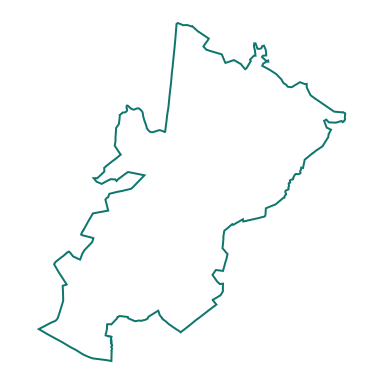 outline of Rembates pag., Keguma, Latvia
{"feature_id": "27541924B57720709752494", "entity_name": "Rembates pag.", "entity_type": "district", "adm_level": 2, "iso_a3": "LVA", "parent_name": "Latvia", "parent_adm1": "Keguma", "projection": "albers", "projection_center": [24.823, 56.781], "detail": "fine", "context": "isolated", "style": "outline", "palette": "teal", "viewbox_px": 384, "rotation_deg": 0, "n_neighbors": 0, "source": "geoboundaries", "source_scale": "gbopen_adm2", "svg_char_len": 5734}
<svg xmlns="http://www.w3.org/2000/svg" viewBox="0 0 384 384"><path d="M54.1,264.2L58.4,271.7L66.7,284.5L62.7,285.8L63.0,292.4L63.1,295.6L63.2,300.8L60.0,311.3L57.9,317.8L57.4,318.5L57.1,319.2L55.5,320.8L51.0,322.7L38.8,329.1L44.3,332.3L48.0,334.5L62.2,342.2L70.6,347.2L75.6,349.8L83.5,354.7L89.0,357.1L92.8,358.4L106.4,360.1L111.4,361.0L111.6,352.2L111.8,351.9L111.7,351.6L111.6,351.3L111.5,351.1L111.4,350.9L111.4,350.5L111.6,350.1L111.8,349.6L112.1,349.0L111.7,348.2L111.5,347.3L111.3,347.1L111.5,347.0L112.0,345.9L112.1,345.4L111.9,345.2L112.0,345.0L112.0,344.9L111.7,344.8L111.6,344.6L111.6,344.1L111.7,343.9L111.6,343.7L111.0,343.4L111.0,343.2L111.4,342.8L111.0,342.4L111.0,341.7L111.5,341.7L111.6,341.3L111.2,341.1L111.0,340.7L110.9,340.6L110.8,340.3L111.0,340.0L111.0,339.8L111.2,339.6L111.0,339.4L111.0,339.1L111.1,338.2L111.2,337.5L111.3,337.2L111.2,337.2L111.4,336.7L108.5,336.0L108.4,336.3L106.7,335.7L105.6,335.4L105.8,333.7L106.2,332.8L106.9,329.1L107.1,324.3L110.3,324.2L111.4,324.4L112.8,322.8L115.3,320.2L116.7,318.9L117.5,317.0L118.4,316.9L119.2,316.1L121.5,316.2L127.9,317.0L128.2,318.3L135.0,321.2L139.4,320.5L140.9,320.9L143.9,320.1L145.1,319.9L147.6,318.6L148.4,316.8L149.6,316.0L158.2,310.7L158.6,311.6L159.3,313.8L159.6,314.7L160.0,315.4L160.4,316.0L161.9,317.7L161.9,318.4L162.2,318.5L162.6,318.7L163.6,319.9L165.1,320.8L168.9,324.2L176.6,329.5L178.5,330.6L180.8,332.3L181.1,331.9L185.0,328.9L191.2,324.0L196.9,319.3L197.8,318.8L211.1,308.5L216.4,304.6L212.7,300.0L212.7,299.8L213.0,299.8L220.6,295.2L222.9,291.3L222.9,286.0L223.1,285.0L223.0,284.5L223.0,283.7L220.0,284.0L220.0,283.9L219.0,283.3L217.1,281.5L212.5,274.9L214.2,272.4L215.6,270.3L216.0,270.0L216.3,270.1L223.0,270.9L225.2,263.1L225.2,262.8L226.3,259.5L227.3,255.1L227.5,254.0L225.6,251.9L224.6,250.6L223.7,249.6L222.5,248.2L223.1,242.5L223.5,237.8L223.3,236.9L224.3,230.8L232.3,224.1L233.1,224.9L242.9,219.3L243.3,221.5L258.0,218.2L264.6,216.5L265.2,215.7L265.4,215.2L265.7,211.5L265.7,210.0L265.9,208.3L271.2,206.1L275.6,204.4L283.3,197.9L284.1,197.8L284.5,197.5L284.5,196.8L284.6,196.1L284.9,195.5L285.1,195.3L285.5,195.1L285.7,194.9L286.1,194.3L286.0,193.7L285.4,192.3L285.3,191.3L285.8,190.7L287.0,190.0L288.5,189.4L288.6,189.1L288.4,187.7L288.4,187.1L289.0,186.3L289.1,186.1L289.0,185.3L288.7,184.2L288.7,183.4L288.8,183.2L289.0,183.1L290.2,182.6L290.2,182.4L290.1,182.1L289.9,181.2L289.9,180.8L290.0,180.4L290.4,180.1L291.4,179.6L292.0,179.5L292.3,179.6L292.5,179.5L293.0,179.3L293.1,178.9L293.3,178.6L293.3,178.3L293.2,178.1L293.2,177.7L293.9,176.6L294.5,175.2L295.2,174.5L295.3,174.2L295.5,174.1L296.2,174.0L297.8,174.2L298.7,174.1L299.8,173.6L300.0,173.5L300.3,173.0L300.5,172.9L300.2,171.7L300.2,170.9L300.8,170.1L301.2,167.6L303.0,168.0L304.7,159.7L312.9,153.0L313.0,153.1L313.5,152.7L315.5,151.0L322.6,146.2L327.4,138.4L328.2,137.4L328.7,133.8L328.9,133.7L331.0,129.7L326.7,127.6L324.1,120.8L326.3,119.6L328.7,122.3L335.9,122.7L339.7,121.5L341.6,121.0L342.5,122.1L343.7,121.6L344.2,120.5L344.9,120.0L345.1,118.7L344.8,117.6L345.2,113.5L345.2,113.4L345.0,113.2L343.3,112.4L343.3,112.5L334.1,111.6L318.1,100.6L315.4,98.8L310.6,95.3L308.0,90.1L306.7,87.3L306.7,83.9L305.2,84.2L299.9,82.2L291.9,87.1L291.3,87.2L290.5,87.1L288.1,86.8L287.8,86.7L287.6,86.6L286.5,85.1L286.0,84.6L283.7,83.2L283.4,82.9L281.1,79.0L279.8,77.8L276.2,74.0L268.3,69.0L262.2,65.8L263.3,63.5L266.5,61.7L268.3,61.7L268.1,60.5L266.3,61.0L262.0,57.0L262.9,55.7L266.2,55.4L266.1,52.7L265.7,49.7L263.9,45.6L262.1,46.3L261.5,48.0L260.2,48.8L257.5,48.8L255.6,43.5L254.3,43.3L253.9,46.1L255.0,50.8L255.5,55.7L254.1,55.6L250.0,59.6L250.8,61.1L250.7,61.2L246.5,68.2L246.2,68.5L245.2,69.2L241.8,65.3L241.1,64.2L234.0,60.1L225.5,62.9L225.2,62.6L221.8,54.4L221.6,54.3L219.2,53.6L209.7,50.8L207.4,50.0L206.7,50.0L203.4,46.5L204.7,44.5L207.9,40.1L208.8,38.6L205.8,36.6L205.7,36.5L199.3,32.2L198.9,31.9L198.4,31.8L194.6,28.3L192.8,26.7L192.8,26.8L189.9,25.9L188.1,25.3L187.0,25.1L186.7,24.9L185.8,25.1L183.0,25.2L180.9,24.2L178.0,23.1L177.8,23.0L177.5,23.2L176.4,24.2L176.5,24.6L175.3,39.5L174.3,50.1L172.8,64.5L172.7,66.3L172.5,68.0L171.9,72.6L171.0,83.2L169.8,93.3L168.4,107.3L167.1,115.5L166.6,120.3L165.6,128.0L165.2,131.7L164.8,132.0L164.0,131.7L162.6,131.0L160.7,130.4L159.5,130.2L158.6,130.3L156.5,131.0L154.2,131.8L152.7,132.2L151.5,132.2L150.4,131.9L149.2,131.2L148.6,130.6L146.9,128.3L146.0,124.8L145.3,123.2L145.0,122.0L144.6,121.3L143.5,117.5L143.2,116.3L142.7,112.8L142.2,111.7L140.8,109.9L139.0,108.5L138.1,108.3L136.8,108.5L135.1,109.2L134.1,109.6L133.0,109.5L131.2,108.7L129.0,106.9L128.3,106.1L128.0,105.8L127.5,105.6L126.9,105.6L126.6,106.2L126.5,107.5L126.6,108.2L127.0,109.0L127.2,109.7L127.0,110.6L126.5,111.4L125.6,112.1L125.2,112.3L122.6,112.6L121.5,113.7L120.9,114.1L120.3,114.7L119.7,115.0L119.8,115.3L119.6,118.1L119.2,121.7L118.9,123.8L118.7,124.3L116.1,128.0L116.0,130.3L115.5,137.6L115.5,140.7L115.2,143.0L114.7,145.7L118.0,150.7L120.7,154.6L115.0,159.3L112.1,161.4L106.9,165.5L104.2,167.9L104.3,171.6L97.3,178.2L93.7,178.2L96.6,181.7L101.7,183.9L105.6,181.7L110.6,179.2L115.2,179.4L116.5,181.0L118.6,178.8L121.6,176.7L124.0,174.8L128.0,172.0L134.6,173.3L144.4,175.3L140.1,179.8L133.0,187.1L131.1,188.8L120.9,191.2L117.5,191.8L109.4,193.8L108.6,195.7L108.2,197.2L107.1,197.6L105.4,199.6L108.2,210.6L92.9,213.4L88.1,221.6L85.6,226.3L82.9,230.8L83.1,230.8L82.0,232.4L81.1,234.4L81.1,234.6L81.3,234.8L82.5,235.3L83.5,235.5L84.5,235.8L91.6,237.6L93.4,238.2L92.2,242.1L84.4,250.2L82.4,253.5L80.6,258.4L80.5,258.7L79.9,259.4L79.9,259.5L76.7,258.2L76.2,257.8L74.1,256.9L73.2,256.5L72.2,255.2L69.6,252.1L68.9,251.6L67.4,252.5L67.3,252.4L63.5,255.8L62.6,256.5L61.9,256.9L56.2,261.4L55.2,262.4L54.1,264.2Z" fill="none" stroke="#0f766e" stroke-width="2"/></svg>